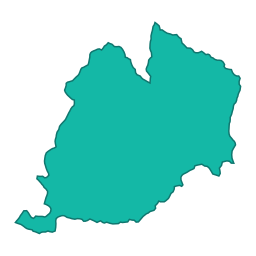 the district of Marabá Paulista, São Paulo, Brazil
{"feature_id": "56859067B14081948497255", "entity_name": "Marabá Paulista", "entity_type": "district", "adm_level": 2, "iso_a3": "BRA", "parent_name": "Brazil", "parent_adm1": "São Paulo", "projection": "robinson", "projection_center": [-52.077, -22.12], "detail": "fine", "context": "isolated", "style": "filled", "palette": "teal", "viewbox_px": 256, "rotation_deg": 0, "n_neighbors": 0, "source": "geoboundaries", "source_scale": "gbopen_adm2", "svg_char_len": 4285}
<svg xmlns="http://www.w3.org/2000/svg" viewBox="0 0 256 256"><path d="M90.6,52.9L89.9,54.6L89.8,57.1L89.3,59.7L88.8,62.4L88.1,64.8L85.7,66.1L83.6,67.3L81.9,67.9L80.9,69.2L80.0,71.7L79.0,74.1L78.0,75.5L76.5,76.7L74.6,78.6L72.6,80.7L69.7,81.6L67.5,82.2L66.2,83.3L66.2,85.4L65.5,87.8L64.6,90.1L65.2,91.9L66.4,93.7L67.6,95.2L68.9,96.4L70.6,98.0L72.4,99.5L74.3,100.0L74.4,103.5L74.0,105.6L72.3,106.9L70.9,108.8L70.0,110.7L68.7,113.0L67.6,115.3L66.6,117.3L65.5,119.5L64.4,120.8L62.7,122.6L61.1,124.3L59.6,126.3L58.8,129.5L57.1,132.1L56.4,134.8L56.1,137.2L55.4,139.3L55.1,141.3L55.4,143.7L56.1,146.8L54.4,148.0L52.9,148.4L51.3,149.2L49.2,150.6L47.9,151.5L46.3,152.9L45.3,155.5L44.9,157.9L44.5,160.9L44.7,163.3L45.4,165.5L45.9,167.3L46.5,169.1L47.5,171.5L48.5,173.2L48.8,175.3L46.5,177.5L44.7,177.8L42.7,176.3L40.0,176.4L37.4,176.1L36.9,178.8L38.4,180.1L39.7,181.6L40.9,182.9L41.9,184.3L43.1,185.5L44.1,187.4L45.9,188.9L47.6,191.3L47.5,193.6L46.9,195.5L46.1,197.4L45.4,199.8L44.9,201.6L44.3,203.8L46.2,204.5L48.6,205.8L50.3,207.4L51.0,209.1L50.7,211.3L49.7,213.3L47.9,214.8L46.1,216.4L44.6,217.0L42.9,216.5L41.2,216.4L38.2,216.4L35.7,216.1L34.6,217.4L33.4,218.4L31.3,217.4L29.8,215.3L28.5,213.0L26.7,210.7L23.8,210.8L22.1,213.4L20.5,215.5L19.5,217.4L17.8,219.6L16.6,220.9L15.4,222.5L17.5,223.3L21.1,224.5L23.7,226.3L25.4,227.7L27.1,228.7L28.8,229.2L30.5,229.5L32.1,229.8L33.1,231.2L35.1,231.7L37.1,232.5L39.4,233.5L41.1,232.4L42.6,232.0L45.5,232.0L48.0,231.0L49.5,231.6L52.3,232.1L55.1,231.0L55.7,227.4L55.9,223.8L55.7,220.9L56.2,218.5L58.2,216.9L60.1,216.2L62.0,215.6L64.2,215.7L65.7,216.5L67.1,217.4L69.8,218.0L71.9,218.7L74.9,219.2L77.3,218.6L80.0,218.8L82.1,219.4L83.6,221.2L85.3,221.2L87.5,220.5L89.9,219.0L94.2,220.9L97.0,222.4L100.5,220.8L102.8,222.5L104.3,223.0L106.7,222.2L110.1,223.3L112.9,223.9L114.7,223.8L118.4,223.6L120.4,222.1L122.5,222.5L127.7,221.9L129.4,219.4L132.1,220.1L134.2,220.2L136.1,222.1L138.4,221.9L140.4,219.6L143.1,216.4L146.5,213.7L148.1,213.1L150.1,211.5L152.1,210.9L154.0,210.3L155.6,208.3L155.2,205.8L157.5,203.4L158.8,201.1L160.4,201.8L162.3,201.8L164.2,201.8L165.6,200.9L168.4,198.5L169.3,196.9L171.0,193.4L173.1,191.8L174.2,189.1L174.4,186.6L176.7,185.9L179.6,185.4L181.7,186.3L182.9,184.9L181.0,180.1L180.9,177.3L181.8,175.5L183.2,174.2L186.8,172.4L190.1,170.3L192.3,169.4L194.0,168.5L194.9,165.8L197.4,165.1L201.8,164.2L204.6,166.0L207.3,166.4L209.4,168.3L211.5,171.7L212.8,174.0L216.3,175.1L218.9,176.0L220.2,173.5L220.0,171.3L219.4,168.1L221.5,165.5L222.3,162.1L224.3,161.5L226.9,160.9L229.5,161.3L231.2,163.1L233.8,163.2L233.0,161.1L232.0,158.2L231.7,154.7L232.1,150.9L233.5,148.3L235.5,144.9L235.2,143.1L234.3,141.3L233.1,140.2L231.8,138.5L229.9,136.3L229.1,134.1L228.8,131.1L229.0,128.3L229.1,125.9L229.3,123.4L230.0,121.8L230.2,119.5L230.2,117.4L231.6,114.3L232.3,111.4L233.1,108.8L233.5,105.7L234.2,104.0L235.7,102.6L236.6,100.3L236.9,98.3L237.8,96.3L238.2,94.3L239.0,92.3L240.0,90.3L240.6,86.3L239.2,84.3L239.1,81.5L240.1,78.3L238.7,76.0L236.6,76.0L234.3,74.8L232.5,72.5L231.4,69.6L229.5,69.4L228.0,69.1L225.4,68.4L224.0,66.4L224.6,64.7L223.7,63.0L222.7,61.6L221.1,60.5L219.1,60.2L217.2,60.2L214.6,59.3L213.1,58.0L211.1,57.3L209.5,54.9L208.0,54.2L205.8,54.6L203.7,52.8L201.6,51.3L200.0,52.1L198.1,52.8L195.5,52.7L194.0,52.0L192.5,49.7L190.5,48.2L188.9,48.1L187.0,48.0L185.6,46.5L183.9,44.7L182.0,43.0L181.4,40.4L181.0,38.6L179.4,37.7L178.1,36.4L176.7,34.6L174.7,34.8L172.7,35.0L170.4,34.0L167.1,33.2L164.5,31.6L162.1,29.9L160.2,30.0L159.7,27.8L159.1,25.8L156.9,23.9L155.0,22.5L154.3,24.7L153.1,26.5L152.7,28.7L152.4,30.4L151.7,32.9L151.0,35.9L151.1,39.1L150.4,41.5L150.1,44.0L150.0,46.1L149.9,48.3L150.5,50.5L151.4,52.5L151.6,54.7L151.8,56.8L150.2,58.2L148.7,60.1L148.4,62.6L147.8,65.2L146.9,67.0L146.2,69.0L146.5,71.0L148.3,73.2L149.5,74.8L150.7,76.3L150.3,78.6L150.2,80.5L150.0,83.0L147.4,81.7L145.4,80.5L142.9,79.1L141.5,77.8L140.3,76.1L138.7,75.4L137.1,74.8L135.6,72.7L135.2,69.4L133.2,67.6L131.9,65.2L130.8,62.0L130.4,59.6L128.6,58.7L127.0,57.6L125.3,57.3L125.0,54.7L124.0,52.0L122.5,49.3L120.9,47.4L119.0,46.5L116.7,46.7L114.4,46.6L113.2,45.4L111.9,44.2L110.0,43.6L108.2,42.7L106.5,44.7L104.4,46.1L103.1,48.2L101.6,50.0L99.3,48.9L97.5,49.2L95.4,50.2L93.6,50.9L91.8,51.8L90.6,52.9Z" fill="#14b8a6" stroke="#0f766e" stroke-width="1.5"/></svg>